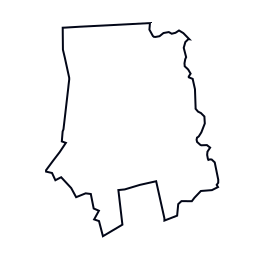 the district of New London, Connecticut, United States of America, rotated 265°
{"feature_id": "52423323B44598433292078", "entity_name": "New London", "entity_type": "district", "adm_level": 2, "iso_a3": "USA", "parent_name": "United States of America", "parent_adm1": "Connecticut", "projection": "natural_earth1", "projection_center": [-72.11, 41.496], "detail": "fine", "context": "isolated", "style": "outline", "palette": "ink", "viewbox_px": 256, "rotation_deg": 265, "n_neighbors": 0, "source": "geoboundaries", "source_scale": "gbopen_adm2", "svg_char_len": 1354}
<svg xmlns="http://www.w3.org/2000/svg" viewBox="0 0 256 256"><g transform="rotate(265 128 128)"><path d="M233.1,88.6L233.5,73.9L233.6,71.7L211.7,70.0L203.5,71.2L183.2,73.8L181.6,73.7L175.3,72.4L173.2,72.0L132.3,63.6L130.3,62.6L120.4,60.9L118.6,64.8L110.0,57.9L101.8,50.4L93.1,42.7L91.7,42.6L89.8,48.4L82.3,51.1L84.8,57.1L73.1,66.2L63.6,70.3L66.6,80.1L65.5,85.2L50.8,86.8L48.1,91.8L39.9,86.3L37.8,91.0L34.2,91.6L22.4,93.6L32.2,114.0L67.0,113.0L67.1,119.4L70.3,134.9L72.5,151.4L34.8,156.4L32.6,156.2L36.4,169.3L47.8,171.4L50.5,174.9L49.5,185.2L52.7,188.1L58.9,195.1L58.8,206.2L61.3,212.5L63.6,211.4L65.6,213.1L68.6,213.4L86.2,211.4L89.3,208.6L89.6,206.9L89.2,205.3L90.1,205.0L90.3,204.9L94.3,204.5L97.5,205.1L101.3,208.1L104.1,205.1L104.4,199.5L104.9,198.6L108.1,195.6L110.3,195.3L112.3,195.9L112.3,196.0L113.5,197.8L117.3,200.7L125.8,204.9L132.8,205.1L135.5,202.8L136.5,202.0L138.2,199.2L141.3,197.0L142.0,197.1L160.8,198.1L171.3,196.7L173.2,193.0L173.8,193.0L174.0,193.0L176.7,195.1L181.1,193.0L184.5,189.9L187.5,189.9L191.5,191.0L191.9,191.2L193.5,192.1L203.0,190.5L208.6,192.6L211.3,195.9L211.1,196.8L217.7,191.4L220.7,187.3L218.7,183.6L218.1,179.8L220.0,177.0L219.7,173.5L219.5,171.6L216.7,167.4L216.3,163.3L216.6,161.7L217.5,160.8L224.1,157.9L230.6,159.0L231.8,124.2L232.1,116.0L233.1,88.6Z" fill="none" stroke="#020617" stroke-width="2"/></g></svg>